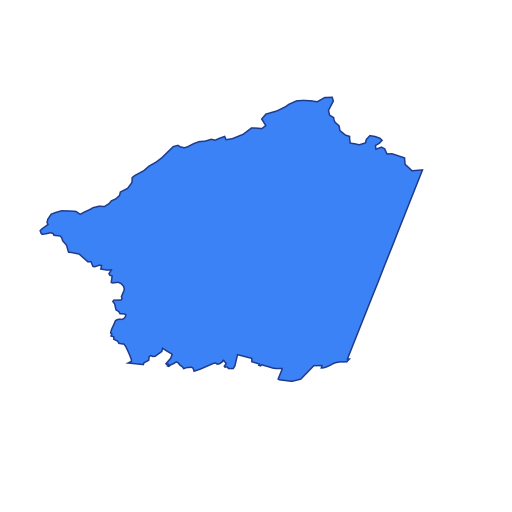 outline of Gwagwalada, Federal Capital Territory, Nigeria, rotated 66°
{"feature_id": "59680162B34682847069002", "entity_name": "Gwagwalada", "entity_type": "district", "adm_level": 2, "iso_a3": "NGA", "parent_name": "Nigeria", "parent_adm1": "Federal Capital Territory", "projection": "equal_earth", "projection_center": [7.039, 9.072], "detail": "fine", "context": "isolated", "style": "filled", "palette": "blue", "viewbox_px": 512, "rotation_deg": 66, "n_neighbors": 0, "source": "geoboundaries", "source_scale": "gbopen_adm2", "svg_char_len": 3336}
<svg xmlns="http://www.w3.org/2000/svg" viewBox="0 0 512 512"><g transform="rotate(66 256 256)"><path d="M386.0,235.8L386.0,233.3L385.9,231.8L385.7,229.9L385.7,228.9L385.8,226.9L386.5,223.7L387.1,221.7L387.9,220.2L389.3,216.8L389.6,216.1L388.7,214.2L388.1,212.6L387.8,213.2L387.2,214.3L356.9,183.3L351.2,177.4L348.2,174.4L337.8,163.7L329.6,155.2L317.2,142.7L300.8,125.8L291.5,116.4L274.2,98.7L245.1,68.9L241.6,78.8L232.8,82.5L226.8,80.4L219.7,88.2L218.0,90.1L216.0,94.9L210.4,94.9L207.6,97.1L207.2,103.0L203.6,101.9L203.2,97.6L201.6,93.8L198.8,94.9L195.2,98.7L192.4,103.0L194.4,107.8L197.2,110.0L196.4,116.5L193.6,120.2L191.2,124.0L187.2,122.9L184.8,121.8L182.0,125.1L175.6,128.3L170.8,127.2L166.0,129.4L163.2,129.4L161.2,128.8L157.2,131.5L152.4,130.5L146.0,122.4L142.0,121.8L139.2,128.8L140.0,137.4L136.8,142.3L133.2,149.3L130.8,155.8L130.8,164.4L131.6,168.1L132.0,177.8L130.4,189.1L133.2,195.1L140.8,194.0L142.0,198.8L139.6,203.1L137.2,208.0L139.6,218.2L139.2,230.0L137.6,236.0L134.0,236.0L133.6,241.9L133.6,246.2L131.2,249.4L130.4,255.9L128.4,261.3L128.0,267.2L128.4,274.2L128.0,277.4L125.6,280.7L123.2,282.3L122.4,287.1L128.0,302.2L129.6,309.2L130.4,317.3L132.4,323.7L133.2,334.0L134.0,337.2L138.4,339.4L142.0,345.8L142.4,353.9L145.2,356.0L146.8,360.9L146.8,365.2L146.8,365.7L148.4,369.0L149.2,374.4L146.8,378.7L145.6,385.1L146.0,389.4L146.0,394.3L146.4,399.7L142.0,402.4L139.2,407.7L135.6,415.3L134.8,421.1L134.5,426.1L137.8,431.3L140.3,433.2L142.6,433.2L144.2,440.6L145.1,442.9L147.5,443.1L149.2,442.6L150.4,438.3L151.2,434.2L153.1,432.1L154.9,432.2L158.1,426.7L160.3,426.1L163.6,426.4L169.0,424.7L176.3,425.7L176.6,425.2L177.9,422.9L182.3,416.8L193.0,411.9L194.0,409.1L199.2,409.2L200.2,407.8L200.7,402.9L201.9,400.9L204.8,403.1L208.2,397.9L209.9,393.9L212.3,397.5L213.9,397.5L215.8,395.6L221.3,399.0L222.2,398.2L224.0,392.5L226.3,390.5L229.7,389.3L233.1,389.9L238.4,395.5L240.3,395.6L241.3,397.2L239.0,402.7L238.5,403.7L239.3,405.3L242.2,404.6L248.2,405.8L250.9,404.0L253.4,403.7L255.4,399.8L256.8,398.9L258.3,399.9L259.3,401.8L259.5,404.1L258.2,406.3L257.7,408.8L257.9,410.7L260.8,413.8L264.2,417.7L267.1,420.1L268.5,419.4L270.1,421.0L271.9,418.8L274.2,419.8L277.4,417.1L280.1,416.7L282.5,413.0L282.6,412.5L285.3,411.9L286.3,411.8L289.1,411.7L295.3,411.7L300.1,412.0L301.6,412.8L301.7,416.4L308.3,404.9L309.4,403.1L308.0,401.8L307.6,396.4L304.4,394.5L304.3,392.3L305.6,391.5L306.6,389.1L304.9,380.9L303.5,379.8L302.3,378.8L302.9,378.5L305.8,376.6L306.9,375.9L307.8,375.2L309.5,374.0L311.7,372.5L314.8,375.7L317.8,382.1L318.8,381.8L319.1,380.1L319.9,380.0L320.5,381.5L321.4,380.6L320.8,378.2L320.8,374.7L320.3,371.8L321.7,370.7L324.9,369.8L327.3,368.3L329.5,367.9L329.7,364.7L330.8,362.0L331.2,360.2L333.0,359.1L336.1,359.4L336.7,352.4L336.8,338.7L337.3,336.5L339.1,335.4L339.6,333.0L338.9,329.4L337.9,328.8L338.1,328.0L342.3,327.0L343.7,329.8L345.0,329.5L345.4,327.5L347.6,326.9L349.6,322.6L347.8,320.0L338.6,313.0L347.5,301.9L347.8,301.5L350.9,302.8L356.1,296.8L357.0,297.9L358.3,296.4L357.6,295.1L359.6,292.8L362.2,289.7L365.4,286.0L367.0,283.4L369.4,277.9L370.6,278.8L371.8,280.0L377.4,285.8L378.5,285.1L380.2,282.3L383.9,276.2L385.1,274.2L386.7,265.2L379.7,247.8L382.9,240.3L383.1,240.4L383.8,241.1L384.9,241.9L385.6,239.7L385.8,238.7L386.0,236.7L386.0,235.8Z" fill="#3b82f6" stroke="#1e3a8a" stroke-width="1.5"/></g></svg>